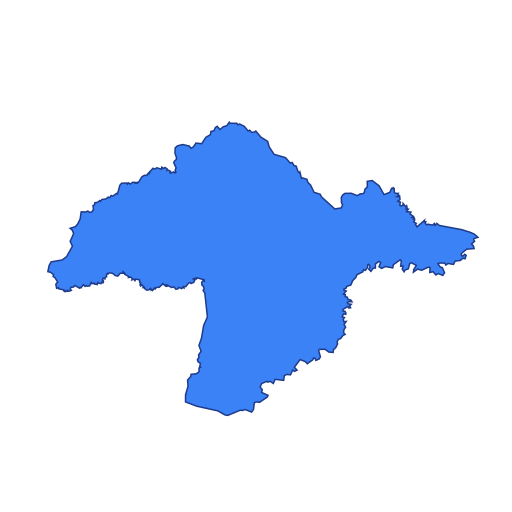 Si Bun Rueang, Nong Bua Lam Phu, Thailand, rotated 310°
{"feature_id": "78962969B72189645888200", "entity_name": "Si Bun Rueang", "entity_type": "district", "adm_level": 2, "iso_a3": "THA", "parent_name": "Thailand", "parent_adm1": "Nong Bua Lam Phu", "projection": "mercator", "projection_center": [102.187, 16.996], "detail": "fine", "context": "isolated", "style": "filled", "palette": "blue", "viewbox_px": 512, "rotation_deg": 310, "n_neighbors": 0, "source": "geoboundaries", "source_scale": "gbopen_adm2", "svg_char_len": 6159}
<svg xmlns="http://www.w3.org/2000/svg" viewBox="0 0 512 512"><g transform="rotate(310 256 256)"><path d="M105.7,120.8L103.1,124.0L104.8,125.1L104.0,125.8L106.1,129.8L105.7,131.8L106.7,131.6L106.4,133.1L108.4,133.7L107.8,134.3L109.2,135.7L111.0,136.6L111.2,135.1L113.0,134.3L115.0,136.2L117.0,136.2L117.9,141.4L118.8,141.4L119.0,142.4L123.0,142.2L122.8,144.6L124.2,144.8L124.3,146.1L126.1,147.8L129.8,146.8L129.3,148.1L131.3,149.6L130.6,150.2L131.9,152.2L133.6,152.0L133.0,152.5L133.9,152.4L135.1,155.0L137.3,154.7L136.6,155.4L137.2,156.1L138.7,155.4L139.3,153.6L140.9,153.2L141.3,155.0L142.8,154.2L144.0,154.9L145.9,153.3L146.8,153.9L147.0,152.7L147.3,154.3L148.8,154.4L150.6,157.3L150.5,160.6L151.8,163.1L155.6,163.1L157.5,165.5L158.5,164.4L158.5,166.7L157.6,167.2L158.4,171.4L157.5,172.1L159.3,173.5L159.1,176.0L158.0,176.3L159.7,177.4L159.3,179.1L160.9,178.6L162.8,181.9L160.9,184.2L161.3,184.9L159.8,185.7L160.1,186.7L159.3,185.9L158.8,186.9L160.6,187.4L160.2,189.5L159.3,189.7L160.3,190.7L159.4,191.3L159.6,194.2L161.2,195.7L163.4,196.1L162.4,197.6L163.3,197.8L163.1,198.9L166.2,198.8L165.9,199.9L168.1,200.0L169.8,202.0L175.0,202.5L174.5,203.3L175.7,205.5L174.8,205.6L175.1,206.9L175.9,207.4L176.6,206.5L177.6,211.5L179.6,213.0L179.0,215.9L180.6,217.3L182.3,217.0L183.3,220.1L184.8,219.9L185.2,221.3L186.0,220.2L187.4,221.9L191.8,221.8L193.5,222.7L193.2,224.0L195.9,225.3L198.4,224.3L198.1,222.7L199.4,223.3L200.6,224.3L199.9,225.0L201.5,225.1L204.4,231.5L203.4,232.7L202.9,231.3L200.9,231.3L198.9,233.4L198.9,235.3L197.4,237.5L195.6,237.6L194.8,240.5L178.0,258.0L169.2,260.5L158.1,267.0L150.8,269.8L147.7,275.2L143.5,275.5L141.6,277.4L138.8,277.8L137.7,279.8L138.0,282.4L134.9,284.1L135.1,284.9L133.5,284.4L130.7,286.8L127.3,285.9L123.7,282.3L121.6,283.5L117.0,283.3L112.6,287.6L104.3,291.3L98.9,295.8L102.9,307.3L112.8,326.2L114.3,334.4L115.7,336.8L127.8,343.1L129.1,345.1L131.4,346.3L133.6,353.0L136.9,352.7L142.5,349.0L144.5,350.1L146.2,352.8L155.3,355.3L157.0,354.8L155.1,348.0L157.7,346.7L158.3,343.4L162.0,342.3L167.1,345.0L167.0,346.2L169.1,347.4L169.5,351.2L173.8,349.9L178.5,357.1L182.6,354.6L184.8,355.5L187.2,358.8L192.2,357.4L192.4,359.7L195.0,360.8L195.4,356.9L205.0,356.4L206.8,361.7L206.4,364.5L212.9,366.2L215.0,365.7L215.6,366.9L214.5,369.0L217.8,370.6L220.2,370.1L223.9,364.7L225.2,364.6L228.9,368.8L229.2,373.5L231.7,377.1L234.0,375.6L237.2,376.0L241.1,375.0L242.3,373.4L245.1,372.6L247.0,373.9L251.1,373.7L253.2,374.7L253.6,372.3L256.2,370.7L259.1,370.4L260.2,367.4L263.8,367.1L262.1,365.5L263.6,363.6L265.7,363.3L264.8,361.1L267.9,360.2L269.0,362.2L270.0,361.7L270.9,359.8L269.7,358.1L271.0,357.0L276.2,358.7L275.8,360.6L277.2,361.7L277.9,359.8L280.2,360.0L278.5,357.2L278.9,356.0L280.1,356.0L282.7,358.9L283.2,356.8L281.9,354.6L283.1,352.3L282.3,350.5L283.8,349.2L283.0,347.5L287.2,347.6L286.4,345.3L287.1,344.6L289.5,345.7L290.9,345.0L294.7,347.3L299.3,345.9L303.7,346.3L306.4,345.3L312.5,348.0L314.7,347.2L315.2,349.0L318.7,348.9L321.3,347.2L322.1,347.7L321.7,349.4L321.0,350.4L318.4,350.8L318.1,353.9L322.0,353.6L323.5,355.2L326.8,352.6L330.9,353.7L331.2,355.7L326.9,357.1L327.2,360.2L331.1,361.9L334.8,368.4L337.6,366.8L345.8,368.9L345.5,370.6L341.2,373.4L342.8,375.2L340.0,376.4L339.1,379.6L341.1,379.2L344.0,380.9L349.0,378.6L350.7,379.4L351.9,384.9L347.1,385.5L344.8,387.0L349.8,388.2L351.6,392.1L358.5,395.3L358.9,396.8L355.1,399.7L357.8,401.8L357.1,406.0L359.7,406.9L361.2,411.6L364.4,411.2L366.9,406.2L366.0,404.3L367.0,400.3L368.7,401.2L371.9,405.2L371.1,407.2L373.7,407.9L376.5,412.7L380.1,411.8L383.9,415.4L387.2,415.9L388.2,417.9L391.6,416.6L391.5,414.8L389.1,414.6L388.3,413.4L389.9,411.7L396.6,413.0L401.9,418.3L403.5,416.0L403.7,413.4L407.8,414.0L408.3,412.3L409.5,411.8L413.0,414.0L413.1,409.3L411.9,405.0L408.4,396.6L397.2,376.7L397.2,373.5L394.6,373.5L395.5,371.7L393.2,371.5L390.9,367.3L389.6,366.9L389.8,364.6L391.4,364.0L390.2,362.7L391.5,362.1L381.8,360.6L382.8,357.8L384.0,357.8L383.5,354.8L385.3,354.6L386.3,353.7L385.5,352.9L386.8,352.5L385.8,350.8L387.5,351.2L387.2,347.0L389.2,346.5L386.8,342.8L389.8,342.6L388.5,340.7L389.9,340.9L391.3,339.1L390.0,339.0L390.8,334.9L389.3,336.0L387.7,335.1L387.3,333.5L390.1,332.0L389.1,329.5L391.8,330.0L393.7,328.1L392.2,325.9L394.4,326.9L394.4,324.8L395.4,324.7L393.7,322.6L393.6,321.2L396.5,318.5L396.5,317.2L395.7,317.5L395.0,316.4L390.8,317.6L385.3,314.6L388.9,305.3L388.5,296.5L384.7,293.2L380.5,296.9L377.4,296.5L374.1,298.1L372.4,297.9L370.6,295.9L367.3,294.8L365.3,288.7L361.2,283.9L358.6,283.2L355.7,283.7L351.7,287.3L350.8,289.5L347.6,290.4L342.7,286.1L343.4,267.9L344.6,265.5L342.1,259.5L345.4,252.3L345.8,248.2L347.5,245.8L345.8,241.6L344.7,240.9L348.6,235.6L347.7,235.7L347.6,234.1L350.7,228.9L349.7,227.2L350.9,223.6L349.2,222.4L350.3,215.4L345.5,204.5L348.1,195.9L351.3,191.3L350.2,183.3L351.6,175.5L349.7,175.0L347.9,173.1L348.3,170.3L346.7,169.6L347.8,163.7L346.6,158.6L344.8,157.8L345.3,156.0L341.0,150.8L341.3,149.5L337.1,149.9L334.1,147.9L329.7,147.1L330.4,142.9L328.2,142.3L324.9,143.3L322.4,141.4L319.7,143.1L314.7,141.3L307.1,142.2L303.9,137.4L299.5,137.9L296.7,137.0L297.4,134.3L294.3,128.2L289.9,125.0L286.9,124.6L282.7,127.8L280.2,131.9L278.7,132.9L275.7,132.5L274.4,133.3L272.2,138.1L269.7,139.0L268.7,140.8L267.6,140.5L267.6,138.9L264.6,137.5L264.7,136.2L265.9,136.1L265.2,132.8L264.5,132.7L265.6,131.9L265.3,129.4L263.8,128.9L263.4,126.7L261.8,127.9L259.8,123.3L257.4,122.4L257.0,120.7L251.0,120.4L251.4,121.0L250.1,121.2L249.0,120.2L247.6,120.7L246.2,118.7L243.4,117.7L237.2,118.6L235.8,117.5L235.6,118.2L234.1,116.7L234.7,116.2L233.3,114.2L230.3,113.5L230.2,111.5L228.3,111.2L229.1,110.4L225.4,106.3L222.7,106.2L214.5,110.0L214.3,108.9L209.9,107.9L209.2,106.1L206.7,106.5L206.1,104.9L203.3,104.4L200.2,101.6L198.0,101.8L198.0,100.7L195.3,100.1L193.2,98.3L191.3,99.5L189.9,98.7L187.1,101.6L183.9,101.9L182.6,100.6L182.3,98.2L180.7,97.7L177.4,93.7L171.3,97.5L166.0,98.8L162.4,98.8L157.7,95.8L157.7,98.7L155.9,101.9L147.8,104.2L145.5,109.1L133.9,111.3L128.4,110.1L119.8,102.8L115.8,103.6L110.2,106.6L111.5,109.2L111.6,112.8L109.9,113.8L110.2,115.8L108.6,120.7L105.7,120.8Z" fill="#3b82f6" stroke="#1e3a8a" stroke-width="1.5"/></g></svg>